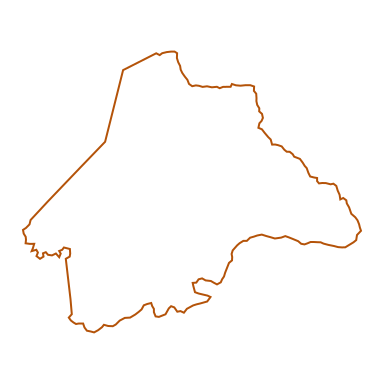 outline of Olho d'Água, Paraíba, Brazil
{"feature_id": "56859067B14089338060229", "entity_name": "Olho d'Água", "entity_type": "district", "adm_level": 2, "iso_a3": "BRA", "parent_name": "Brazil", "parent_adm1": "Paraíba", "projection": "albers", "projection_center": [-37.728, -7.279], "detail": "fine", "context": "isolated", "style": "outline", "palette": "amber", "viewbox_px": 384, "rotation_deg": 0, "n_neighbors": 0, "source": "geoboundaries", "source_scale": "gbopen_adm2", "svg_char_len": 2733}
<svg xmlns="http://www.w3.org/2000/svg" viewBox="0 0 384 384"><path d="M210.5,297.0L207.5,295.6L203.2,294.6L198.6,293.5L195.0,292.2L193.3,285.9L192.7,282.9L196.3,282.6L198.6,279.3L202.1,278.4L205.6,280.4L210.9,281.0L213.6,282.6L217.0,284.4L220.8,282.3L222.1,279.3L224.0,276.5L225.1,272.8L227.3,267.2L229.0,262.9L232.0,260.4L232.2,257.0L231.6,254.0L232.7,250.4L237.2,245.3L239.6,243.2L243.3,240.9L246.8,240.9L250.1,237.7L254.0,236.6L257.2,235.5L261.8,234.6L266.5,236.1L270.2,237.1L274.9,238.5L281.2,237.6L285.3,236.1L288.9,237.4L292.9,239.0L298.2,241.2L301.2,243.8L304.5,244.4L307.3,243.4L310.6,242.0L313.8,242.0L317.5,242.2L320.7,242.3L323.5,243.6L328.4,244.9L333.9,246.0L338.1,247.1L341.9,247.4L345.3,247.3L347.9,245.7L353.5,242.3L356.2,240.1L357.0,235.0L361.0,230.8L359.9,227.6L359.1,224.3L357.5,220.3L355.3,217.3L351.3,213.8L349.1,207.4L346.8,203.4L346.3,200.3L343.2,198.0L340.3,199.4L339.6,194.8L337.7,190.6L336.3,185.9L333.4,183.7L330.6,184.3L325.9,183.1L322.2,183.0L319.0,183.4L317.1,181.1L317.1,178.0L314.1,177.5L310.2,176.5L308.4,172.9L306.7,168.1L304.7,165.9L302.8,162.8L299.9,158.9L297.1,157.8L294.2,156.7L292.7,154.2L289.7,151.8L286.7,151.7L284.3,149.7L281.7,146.4L277.9,145.1L275.1,144.5L272.1,144.6L270.7,139.5L268.3,137.2L264.6,132.8L261.9,129.3L258.4,127.8L259.4,123.3L261.6,120.9L262.9,117.9L262.0,113.9L259.2,111.4L259.3,108.3L257.2,104.9L256.4,101.1L256.5,98.1L256.2,93.7L253.9,90.9L254.1,86.5L250.3,85.2L245.4,85.2L240.5,85.7L235.9,85.3L231.9,84.0L230.6,86.8L227.5,86.8L223.0,86.9L219.7,88.2L216.9,86.8L211.9,87.3L207.0,86.3L202.6,86.9L199.0,85.8L195.9,85.4L192.2,86.2L189.0,83.9L187.4,79.8L184.9,76.7L182.3,73.0L180.7,69.7L180.1,65.9L178.2,62.2L176.9,58.0L177.1,53.2L174.6,51.6L171.0,51.6L166.7,52.1L162.2,53.2L159.7,55.1L156.2,53.3L123.1,70.1L113.9,106.8L105.1,141.8L81.0,166.8L47.7,201.6L30.6,220.0L29.5,224.4L25.9,228.0L23.0,229.9L23.7,233.6L25.7,236.8L26.0,239.8L25.6,243.3L30.0,243.9L34.2,243.8L32.9,248.2L31.7,251.1L36.3,249.8L37.9,252.5L36.5,256.1L40.0,258.8L43.5,256.6L43.0,253.3L45.8,252.2L48.0,254.8L52.0,255.4L55.9,253.5L59.2,257.2L60.7,253.6L59.2,251.0L62.2,249.8L63.9,247.5L69.9,249.0L70.2,253.6L69.7,256.6L65.8,258.8L70.5,299.2L71.8,314.2L68.8,317.6L70.9,320.5L73.5,322.5L76.0,324.0L78.9,323.5L83.1,323.5L84.5,327.5L86.9,330.7L90.8,331.5L94.1,332.4L98.1,330.2L102.0,327.2L103.9,324.8L108.2,326.0L112.8,326.2L115.8,324.5L119.7,320.6L124.8,317.9L130.1,317.6L135.3,314.5L138.7,311.9L141.6,309.4L143.8,305.3L147.2,304.0L151.2,303.0L152.2,306.1L153.9,308.9L153.9,312.2L155.6,316.4L158.9,316.9L165.5,314.3L168.8,308.4L171.1,306.2L174.3,307.4L177.3,311.7L180.5,311.1L183.9,312.7L186.9,308.8L193.2,305.4L196.7,304.3L200.1,303.5L207.2,301.5L210.5,297.0Z" fill="none" stroke="#b45309" stroke-width="2"/></svg>